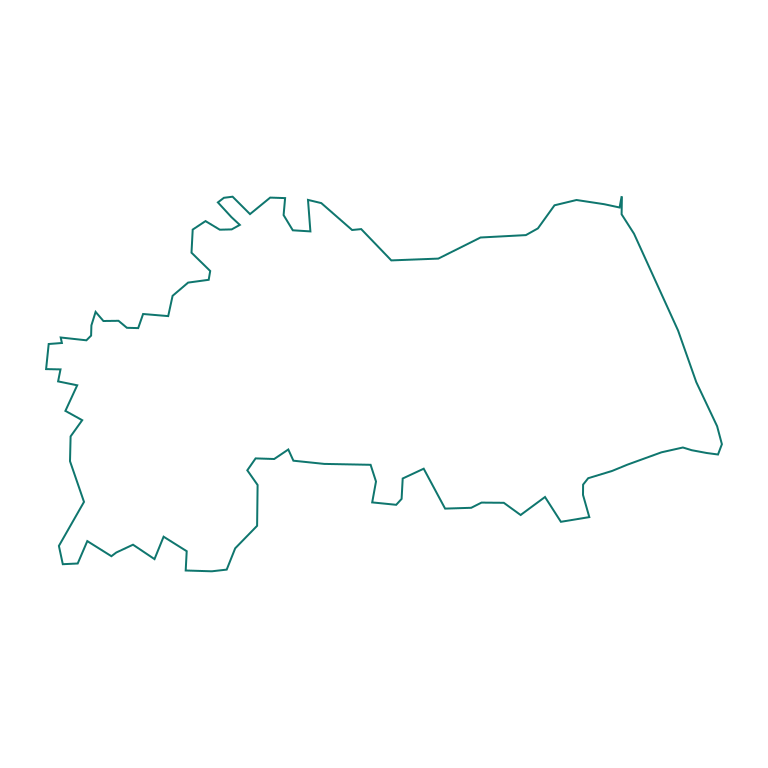 outline of Urgut, Samarkand, Uzbekistan
{"feature_id": "79887680B70899429425762", "entity_name": "Urgut", "entity_type": "district", "adm_level": 2, "iso_a3": "UZB", "parent_name": "Uzbekistan", "parent_adm1": "Samarkand", "projection": "equal_earth", "projection_center": [67.137, 39.37], "detail": "fine", "context": "isolated", "style": "outline", "palette": "teal", "viewbox_px": 768, "rotation_deg": 0, "n_neighbors": 0, "source": "geoboundaries", "source_scale": "gbopen_adm2", "svg_char_len": 1451}
<svg xmlns="http://www.w3.org/2000/svg" viewBox="0 0 768 768"><path d="M589.3,517.1L583.0,494.9L583.1,484.6L588.2,478.2L612.2,470.9L627.3,464.7L661.5,452.3L682.9,447.5L691.7,450.2L706.7,453.0L718.0,454.5L721.9,444.2L717.1,426.2L706.9,404.6L696.3,382.2L678.1,330.6L634.0,233.7L621.6,214.3L621.9,197.2L621.5,197.1L619.6,207.5L604.2,204.2L576.5,200.0L554.5,205.3L537.9,228.4L525.9,235.1L480.5,237.5L438.3,258.6L391.3,260.4L361.2,229.1L352.1,230.0L321.3,203.1L308.0,199.9L310.4,231.4L292.8,230.3L283.6,215.1L285.1,198.1L270.2,197.6L250.0,214.1L232.6,196.7L223.9,197.8L217.9,202.4L231.4,217.1L239.8,224.9L231.7,229.4L219.8,229.7L205.5,221.1L192.7,229.6L191.5,252.7L210.2,271.0L208.7,279.8L188.1,282.6L172.6,295.8L168.2,316.1L143.1,314.0L138.2,328.1L126.9,327.8L118.5,320.8L103.4,321.0L95.6,311.9L91.4,325.4L91.1,335.6L86.4,340.3L60.7,337.5L61.9,343.0L48.7,344.0L46.1,369.1L60.5,369.4L58.1,381.4L77.2,385.3L65.4,410.9L82.2,420.2L70.6,436.4L70.0,461.2L84.0,501.9L58.9,545.9L62.8,564.2L77.7,563.5L87.3,541.1L111.4,556.2L116.3,552.5L133.0,544.7L154.5,559.1L163.6,536.7L186.7,551.2L185.7,570.5L211.8,571.3L226.7,569.6L235.2,548.3L257.1,525.8L257.6,485.0L247.3,470.3L255.6,458.4L274.2,459.0L288.3,449.5L293.4,460.7L324.2,463.9L370.6,464.8L376.0,481.5L372.2,502.4L396.2,504.8L401.6,498.9L402.7,478.5L423.7,468.7L445.1,508.6L471.2,507.8L481.5,502.6L503.8,502.8L520.6,515.0L545.0,497.0L560.9,521.8L589.3,517.1Z" fill="none" stroke="#0f766e" stroke-width="2"/></svg>